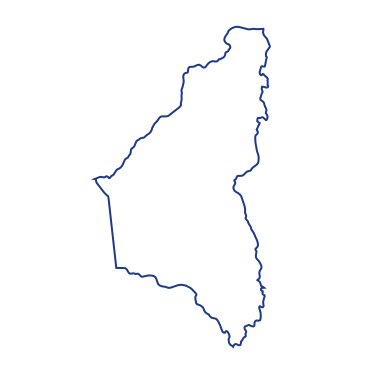 Neuquén, Equal Earth projection, rotated 173°
{"feature_id": "ARG-1276", "entity_name": "Neuquén", "entity_type": "Province", "adm_level": 1, "iso_a3": "ARG", "parent_name": "Argentina", "parent_adm1": "", "projection": "equal_earth", "projection_center": [-70.544, -38.612], "detail": "fine", "context": "isolated", "style": "outline", "palette": "blue", "viewbox_px": 384, "rotation_deg": 173, "n_neighbors": 0, "source": "natural_earth", "source_scale": "10m", "svg_char_len": 6020}
<svg xmlns="http://www.w3.org/2000/svg" viewBox="0 0 384 384"><g transform="rotate(173 192 192)"><path d="M166.7,35.7L168.1,35.6L169.0,34.9L169.8,33.9L170.1,33.4L170.4,33.9L172.2,35.4L172.9,36.2L173.1,36.6L173.6,38.0L173.7,38.8L173.6,40.7L173.5,41.8L173.3,42.2L172.7,42.9L172.5,43.3L172.4,43.9L172.4,45.0L172.6,46.2L173.2,47.8L173.7,48.8L174.2,49.4L174.7,49.7L175.1,49.7L175.6,49.4L176.2,48.6L176.4,48.4L177.1,48.4L177.9,48.7L178.4,49.3L178.9,50.0L180.0,54.5L180.1,55.5L181.5,59.7L182.6,62.0L183.2,62.8L183.9,63.4L187.9,64.8L189.6,66.8L190.2,68.3L190.5,68.6L191.7,69.3L193.3,70.9L193.9,71.8L194.3,73.1L195.0,75.6L195.2,76.1L195.7,76.7L197.6,78.5L199.1,79.2L199.9,79.7L200.7,80.0L201.4,81.1L201.5,83.8L201.8,84.7L201.6,85.4L201.6,86.6L201.5,87.4L201.2,88.0L200.3,89.1L200.1,89.8L200.4,90.7L203.9,95.5L205.6,97.2L209.5,99.8L211.6,100.6L214.0,101.2L216.6,101.3L225.2,99.6L227.3,99.8L230.4,101.3L232.4,101.7L234.8,102.8L235.6,103.3L237.0,105.2L238.0,110.1L238.9,112.2L240.6,113.4L243.0,114.2L245.5,114.5L251.8,113.9L252.8,114.4L254.6,116.7L255.6,117.5L257.7,117.5L258.2,117.6L259.3,118.2L259.8,118.4L263.0,118.4L263.9,118.8L264.6,119.6L266.1,123.0L267.0,124.1L267.8,124.6L276.4,125.9L275.6,196.6L275.8,198.0L276.8,199.0L279.1,201.9L285.2,212.2L285.8,213.6L285.9,214.8L285.8,215.7L286.0,216.4L287.1,216.7L281.9,218.1L280.2,218.1L278.0,217.3L277.1,217.2L276.4,217.4L275.7,217.8L275.0,218.1L273.7,217.3L272.6,215.9L272.0,215.9L270.0,217.8L269.2,218.0L267.6,218.9L264.4,222.9L262.8,223.8L261.3,224.2L259.7,225.1L258.2,226.5L257.0,228.2L255.5,231.0L254.9,231.9L254.2,232.7L253.3,233.2L251.3,234.1L250.2,235.8L248.8,237.0L248.3,237.9L247.5,241.1L247.0,242.1L244.4,243.7L243.9,244.2L243.6,244.6L241.7,248.0L240.8,249.4L238.0,250.7L236.4,251.6L235.1,251.8L233.6,251.8L233.1,251.9L232.4,252.3L230.0,254.0L228.7,254.6L227.1,255.5L226.1,256.3L225.3,257.3L224.2,259.0L224.1,259.3L223.9,260.1L221.3,263.8L220.5,264.7L218.5,266.1L215.2,269.7L214.0,270.5L212.8,270.7L208.4,270.2L206.8,270.3L206.1,270.5L194.4,277.5L193.3,278.4L192.5,279.4L192.3,280.0L192.2,281.6L192.0,282.2L191.4,283.8L191.0,285.1L190.7,288.8L190.0,291.5L190.1,293.5L190.1,294.2L189.7,295.2L188.7,297.1L186.9,302.0L186.7,303.4L186.7,306.6L186.5,308.2L186.0,309.5L185.5,310.0L184.9,310.5L183.8,311.0L182.3,311.0L181.9,311.1L181.4,311.8L180.8,314.5L180.3,315.6L179.1,316.4L175.0,316.2L171.2,317.4L169.2,317.4L167.6,316.2L166.8,315.2L165.9,314.4L164.9,314.0L163.7,314.2L163.0,314.7L161.0,316.9L159.7,318.0L158.0,318.9L156.2,319.3L154.6,319.2L153.9,318.9L152.4,318.6L151.7,318.6L150.8,318.8L149.6,319.9L149.0,320.2L149.0,320.4L147.8,320.5L146.4,320.9L144.0,322.0L143.1,322.9L142.7,323.5L142.4,324.1L141.9,325.9L141.3,326.6L139.7,327.0L138.9,327.4L138.1,328.8L137.0,329.8L136.7,330.2L136.4,330.8L136.3,331.4L136.5,332.6L137.0,333.6L137.9,334.2L138.9,334.7L139.7,335.3L140.5,336.3L141.1,337.5L141.4,338.8L141.2,340.1L140.7,341.2L140.0,342.2L137.0,345.7L136.4,347.1L136.1,347.4L135.6,347.8L133.8,349.0L132.4,349.7L129.8,350.4L128.5,350.6L125.6,350.2L116.3,346.6L114.6,346.4L111.0,346.5L107.7,345.7L101.3,345.2L101.3,344.5L102.0,342.0L102.0,340.7L101.6,339.2L101.1,338.1L99.1,335.2L98.6,333.8L96.9,327.1L97.2,326.4L100.8,322.5L101.8,320.5L102.0,318.2L101.9,317.6L101.4,317.0L101.4,316.4L101.5,315.9L102.3,314.2L104.1,308.6L104.4,307.8L105.0,307.6L107.0,308.2L107.7,308.3L108.1,307.8L110.1,303.2L110.3,302.2L110.2,300.9L110.0,300.3L109.7,299.9L109.1,299.5L108.8,299.5L108.1,299.8L107.9,300.0L107.8,300.3L107.6,300.5L107.0,300.4L106.6,300.1L105.6,298.6L104.1,297.0L103.4,296.0L103.0,295.0L103.1,294.5L103.6,293.4L103.4,292.7L103.4,292.1L103.7,290.2L104.0,289.0L103.4,288.0L103.5,287.6L104.1,286.7L105.7,286.6L107.9,287.6L109.7,288.0L110.3,285.5L109.7,282.9L109.9,282.3L110.7,281.4L112.5,277.4L112.9,276.0L112.7,275.1L112.0,274.4L110.3,272.8L109.9,272.1L109.6,271.2L109.5,269.8L109.2,268.4L108.3,265.7L108.1,264.4L108.4,263.3L108.9,262.1L109.1,261.1L108.0,259.2L107.9,257.9L108.1,256.5L108.5,255.4L109.3,254.4L109.9,254.4L112.0,256.9L112.7,257.5L113.6,257.6L114.7,257.3L115.8,257.2L116.7,257.4L117.5,257.4L118.2,256.5L118.6,254.2L116.4,252.1L117.6,250.1L118.3,249.3L119.2,247.6L119.8,246.8L120.2,245.9L119.4,243.9L119.5,242.6L120.3,241.6L121.3,240.9L122.2,240.0L122.6,238.5L123.0,233.3L122.5,224.7L121.6,219.9L121.6,218.2L122.3,214.2L123.1,212.6L124.5,211.2L128.9,208.7L130.1,207.6L131.0,206.3L131.4,206.1L135.0,205.5L135.8,205.0L138.6,202.8L140.1,202.1L141.9,202.1L144.0,202.4L145.1,202.2L145.8,201.4L146.5,199.9L146.8,199.6L148.5,198.6L148.6,198.0L148.1,197.2L147.9,196.6L148.0,195.5L148.5,194.6L149.8,192.8L150.3,191.8L150.4,190.5L149.7,188.2L148.2,186.6L146.4,185.3L144.8,183.8L143.6,181.6L141.5,171.3L141.4,169.4L141.5,167.4L141.9,165.1L141.2,162.2L141.2,161.1L141.8,160.0L142.0,159.6L141.9,158.9L141.8,158.6L140.5,156.7L140.0,155.7L139.8,154.3L139.3,153.0L138.0,150.5L137.7,147.8L135.8,144.0L133.2,135.5L132.9,132.6L133.0,131.2L133.3,130.3L133.8,129.6L134.6,128.8L135.8,128.0L136.0,127.6L136.0,126.9L135.4,125.7L135.3,125.0L135.6,123.8L136.3,121.3L136.5,120.0L136.2,118.5L135.6,117.4L134.0,115.2L132.7,112.1L132.2,110.3L132.2,108.8L132.6,107.7L134.5,105.2L135.0,103.8L135.1,102.6L135.0,101.3L135.0,99.9L135.4,98.5L136.1,97.7L137.8,96.6L136.0,94.9L135.4,93.9L134.9,90.8L134.5,90.1L133.0,89.1L132.0,88.1L132.3,88.1L133.3,88.3L134.3,88.3L135.2,87.7L135.5,86.8L135.3,85.9L133.9,84.9L133.9,84.4L134.3,83.4L134.4,82.3L134.1,81.7L133.7,81.3L132.8,80.8L132.5,80.1L132.6,79.5L133.5,77.9L134.7,74.4L134.9,73.2L134.8,70.8L135.0,69.7L135.8,69.0L136.7,69.1L137.7,69.8L138.6,70.3L139.3,69.7L139.4,68.6L138.7,64.3L138.7,61.8L139.1,58.9L140.0,56.5L141.6,56.1L142.6,56.4L143.5,56.6L144.4,56.4L145.3,55.7L145.9,54.7L146.2,52.3L146.6,51.4L147.5,51.1L148.5,51.3L150.5,52.3L151.6,53.2L155.9,52.0L156.4,51.2L156.4,49.7L156.2,49.0L155.4,47.6L155.2,46.8L155.4,46.2L156.2,44.6L156.3,44.0L156.1,42.9L156.3,42.3L156.7,41.9L158.1,41.4L158.7,40.9L160.5,38.4L161.5,37.7L161.7,37.3L161.8,36.1L162.3,34.8L162.7,34.3L163.3,34.1L164.4,34.3L166.7,35.7Z" fill="none" stroke="#1e3a8a" stroke-width="2"/></g></svg>